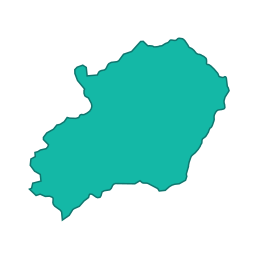 the Autonomous Community of Córdoba, rotated 84°
{"feature_id": "ESP-5817", "entity_name": "Córdoba", "entity_type": "Autonomous Community", "adm_level": 1, "iso_a3": "ESP", "parent_name": "Spain", "parent_adm1": "", "projection": "orthographic", "projection_center": [-4.923, 37.957], "detail": "fine", "context": "isolated", "style": "filled", "palette": "teal", "viewbox_px": 256, "rotation_deg": 84, "n_neighbors": 0, "source": "natural_earth", "source_scale": "10m", "svg_char_len": 2798}
<svg xmlns="http://www.w3.org/2000/svg" viewBox="0 0 256 256"><g transform="rotate(84 128 128)"><path d="M212.7,202.9L204.6,202.8L202.7,203.8L198.1,209.0L196.2,210.2L194.4,210.5L190.4,209.8L189.5,210.1L188.7,211.0L187.6,213.2L187.4,217.4L184.6,222.3L185.5,226.5L178.5,232.4L177.9,230.2L172.9,228.5L171.7,220.1L165.0,220.1L161.2,225.4L154.9,229.1L148.7,227.8L146.8,223.2L142.6,223.1L142.1,220.2L140.7,217.3L140.0,211.6L138.4,209.8L136.4,208.8L130.7,213.3L128.5,213.1L124.4,209.3L121.4,202.2L117.6,198.5L117.3,195.2L115.1,190.8L111.2,187.4L112.1,185.0L113.0,178.8L112.5,176.2L112.0,175.5L110.6,174.7L110.0,174.1L109.7,173.0L110.1,171.1L110.0,170.0L108.8,166.9L107.2,164.3L105.0,162.5L102.4,161.6L99.6,161.9L94.0,164.2L92.0,167.1L91.3,167.6L88.9,168.1L86.0,167.8L84.7,167.1L75.5,173.2L68.3,175.1L64.4,174.8L62.2,172.2L60.8,166.4L63.4,163.2L71.9,163.2L72.1,153.0L69.4,151.2L68.7,150.4L68.1,148.6L67.8,145.2L66.7,143.7L63.2,141.5L62.0,140.3L61.0,137.8L60.9,132.0L60.2,130.2L54.2,124.7L52.3,116.4L43.3,106.4L43.4,103.8L47.9,100.1L48.5,99.4L48.4,98.6L48.5,97.7L48.9,95.7L49.2,94.8L50.0,93.8L50.2,91.9L50.2,91.0L50.2,90.0L50.1,89.0L49.8,88.0L49.8,87.0L49.8,86.0L49.7,85.5L48.7,83.6L48.4,82.8L48.0,82.2L47.8,81.5L47.4,79.9L47.2,79.3L46.8,78.7L46.3,78.1L45.8,77.6L45.3,77.1L45.0,76.5L45.0,75.9L45.3,74.5L45.5,73.8L45.8,72.4L45.8,71.7L45.7,71.0L45.4,70.4L44.5,69.3L44.2,68.7L44.1,68.0L44.2,67.3L44.9,64.5L45.7,63.5L47.0,62.4L51.8,59.8L53.5,59.2L54.3,58.6L55.4,56.7L56.0,55.9L57.6,54.4L60.8,52.3L61.7,51.1L62.1,50.2L62.2,49.3L62.5,48.6L62.9,47.8L63.6,47.0L64.5,45.5L65.1,44.8L66.9,43.1L68.3,42.8L70.5,42.9L71.8,43.2L72.4,43.1L72.8,42.9L73.2,42.3L73.2,41.7L73.5,41.1L73.8,40.5L74.3,40.0L74.8,39.3L78.3,36.3L83.1,33.0L86.2,32.1L86.7,31.4L86.9,30.7L87.3,29.8L87.7,28.4L87.5,27.3L87.1,26.4L87.3,25.6L88.5,25.0L96.9,24.9L98.6,24.1L101.5,23.6L107.5,28.3L111.1,29.7L113.4,29.8L114.6,29.5L117.7,29.5L118.7,30.1L119.1,31.0L119.4,33.1L119.4,34.2L119.5,36.3L120.0,37.6L121.3,39.0L123.5,40.5L125.0,41.1L126.4,41.3L128.5,41.4L129.8,41.8L134.1,43.8L135.5,44.7L136.4,45.7L136.7,46.5L138.7,47.7L140.5,48.5L144.3,51.4L145.2,52.6L145.8,53.7L146.6,55.0L147.5,55.5L148.5,55.9L149.4,55.9L150.9,56.3L152.2,57.4L153.8,58.2L156.6,60.5L159.6,63.7L161.6,66.7L162.6,67.9L163.7,68.6L168.4,70.8L171.2,71.7L172.6,71.9L179.5,74.7L180.7,74.8L182.3,74.6L185.7,76.1L186.0,76.3L188.8,82.9L188.8,87.3L189.4,90.2L190.6,92.9L193.9,97.5L193.9,103.5L191.3,104.8L185.3,113.8L184.8,115.0L184.3,118.6L183.9,119.5L181.7,121.6L184.2,127.0L181.9,146.4L182.4,148.1L183.5,149.3L186.2,150.9L187.6,152.6L187.9,158.2L188.9,160.5L192.5,161.9L194.0,163.1L194.1,165.5L193.4,166.9L190.1,170.7L189.7,172.7L190.5,173.6L193.0,174.5L195.9,179.3L200.8,184.6L202.5,189.9L203.4,191.5L208.7,195.6L212.7,202.9Z" fill="#14b8a6" stroke="#0f766e" stroke-width="1.5"/></g></svg>